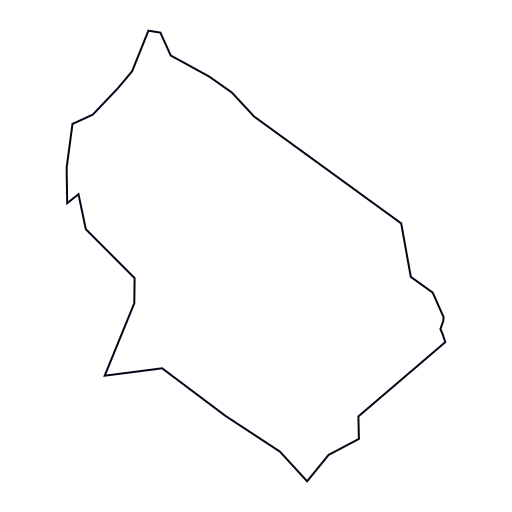 outline of Santa Ana Tavela, Oaxaca, Mexico
{"feature_id": "50627088B65889438571597", "entity_name": "Santa Ana Tavela", "entity_type": "district", "adm_level": 2, "iso_a3": "MEX", "parent_name": "Mexico", "parent_adm1": "Oaxaca", "projection": "albers", "projection_center": [-95.889, 16.606], "detail": "fine", "context": "isolated", "style": "outline", "palette": "ink", "viewbox_px": 512, "rotation_deg": 0, "n_neighbors": 0, "source": "geoboundaries", "source_scale": "gbopen_adm2", "svg_char_len": 543}
<svg xmlns="http://www.w3.org/2000/svg" viewBox="0 0 512 512"><path d="M307.1,481.3L328.6,454.9L358.9,438.9L358.4,416.4L445.3,342.1L442.3,333.3L440.4,329.1L443.3,320.9L443.6,317.2L432.7,292.6L410.8,276.9L401.2,223.4L254.2,116.6L231.8,92.5L219.9,84.1L209.1,76.5L170.7,55.5L160.4,32.6L148.4,30.7L132.1,71.3L118.0,88.1L92.7,114.7L72.5,123.9L66.7,167.2L66.7,173.6L67.2,203.2L73.6,198.1L78.5,194.2L85.8,229.2L134.6,278.1L134.3,303.2L104.7,375.7L162.1,368.3L225.6,416.0L280.0,451.7L307.1,481.3Z" fill="none" stroke="#020617" stroke-width="2"/></svg>